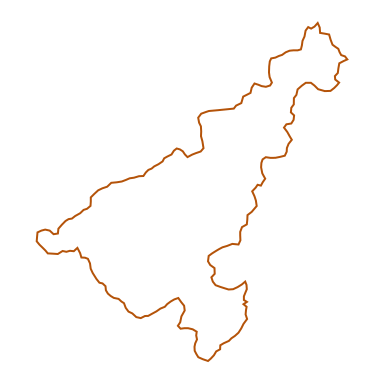 the district of Pedro Leopoldo, Minas Gerais, Brazil
{"feature_id": "56859067B61889060897837", "entity_name": "Pedro Leopoldo", "entity_type": "district", "adm_level": 2, "iso_a3": "BRA", "parent_name": "Brazil", "parent_adm1": "Minas Gerais", "projection": "orthographic", "projection_center": [-44.041, -19.629], "detail": "fine", "context": "isolated", "style": "outline", "palette": "amber", "viewbox_px": 384, "rotation_deg": 0, "n_neighbors": 0, "source": "geoboundaries", "source_scale": "gbopen_adm2", "svg_char_len": 3335}
<svg xmlns="http://www.w3.org/2000/svg" viewBox="0 0 384 384"><path d="M284.8,155.7L286.7,151.7L286.9,148.0L288.6,143.8L291.8,139.8L289.7,136.3L287.3,132.0L284.0,127.6L286.4,124.3L291.3,123.5L293.6,119.8L294.1,115.4L290.9,112.4L291.3,107.8L293.8,104.4L293.9,98.1L296.4,94.9L297.6,89.4L301.8,85.7L305.8,82.8L310.9,82.8L314.4,85.5L318.1,89.2L324.8,91.1L330.5,90.9L334.2,88.0L337.0,85.2L339.1,82.6L335.2,79.5L334.9,76.1L337.8,73.0L338.4,68.3L339.3,63.3L343.7,61.0L347.3,59.4L345.0,56.4L341.2,55.1L339.6,52.2L338.3,48.8L335.6,47.0L332.5,44.7L330.6,39.7L329.1,34.5L324.9,33.7L320.1,32.9L319.7,27.5L317.7,23.0L314.5,26.6L311.1,28.6L308.2,27.1L305.6,30.6L304.5,36.5L302.5,40.9L301.9,45.4L300.9,49.4L297.8,50.3L293.7,50.3L289.6,50.7L285.7,52.3L282.1,54.9L278.8,56.0L275.4,57.6L271.2,58.4L269.8,61.4L269.2,66.4L269.0,72.5L269.6,77.1L271.9,82.6L270.1,85.5L265.9,86.8L261.6,86.1L258.5,84.8L254.5,83.5L251.7,87.7L250.5,92.9L247.2,94.6L243.2,96.6L241.3,103.1L236.1,105.6L233.8,108.6L217.9,110.2L208.9,111.0L205.9,112.0L201.2,113.7L198.2,117.7L199.1,122.7L200.9,126.3L201.2,131.4L201.0,136.2L202.4,141.3L203.5,148.2L200.7,151.5L196.0,153.1L192.2,154.6L187.5,157.1L184.9,154.4L182.8,151.3L179.9,149.4L176.7,148.5L173.9,150.7L171.5,154.5L167.2,156.6L164.2,158.3L162.6,161.4L158.5,164.2L154.2,166.4L151.6,168.6L148.4,169.9L145.8,172.5L143.4,176.0L139.0,176.2L134.0,177.7L129.7,178.3L126.0,179.9L121.8,181.5L116.8,182.3L111.3,182.8L107.2,186.7L102.4,188.3L98.2,190.3L94.4,193.8L90.8,197.4L90.8,201.7L90.5,205.9L87.0,208.8L83.6,209.9L80.2,213.2L75.2,216.0L71.9,218.6L68.6,219.1L65.5,221.0L61.9,224.7L58.4,228.7L57.9,233.5L53.6,234.2L49.7,230.6L45.2,229.6L41.4,230.6L37.5,232.4L37.1,236.5L36.7,241.3L39.5,244.7L42.6,247.7L45.4,250.5L47.8,253.4L51.8,253.6L57.8,254.0L62.6,251.0L66.4,251.8L69.9,250.8L73.8,251.2L77.4,247.9L80.1,253.1L81.4,257.5L85.0,257.7L87.9,258.8L90.0,263.4L90.7,268.7L92.7,273.0L96.4,278.9L99.4,282.7L102.5,283.4L105.5,286.2L105.9,290.3L107.9,293.6L110.7,296.0L113.8,297.9L118.6,298.9L121.4,301.5L124.0,303.2L125.7,307.8L128.5,311.6L132.3,313.4L136.3,317.1L140.8,318.1L145.0,316.0L148.2,315.9L151.6,314.0L156.4,311.4L160.4,308.6L164.8,306.8L167.2,304.1L170.7,301.5L174.3,299.4L178.3,298.0L181.1,302.0L184.1,305.7L184.7,310.5L181.4,316.4L180.2,322.3L177.9,325.8L180.6,328.7L184.4,328.2L188.1,328.2L192.7,329.3L196.7,331.7L196.2,335.5L197.0,339.4L195.2,343.4L194.5,346.8L194.7,350.8L196.4,354.1L198.3,357.2L202.8,359.2L208.0,361.0L210.8,358.6L213.9,355.3L216.2,351.4L220.1,349.3L220.3,345.3L223.6,343.3L228.9,340.9L231.4,338.3L234.8,336.0L238.5,332.7L241.2,328.5L243.5,323.9L247.1,319.0L245.6,314.4L246.0,310.1L246.6,306.8L243.5,304.2L246.9,301.9L243.9,300.0L243.9,296.3L245.4,292.6L246.8,289.2L246.5,284.9L245.2,281.6L241.8,284.5L237.6,287.1L233.1,289.2L228.6,289.5L225.0,288.4L220.3,286.9L215.6,285.2L212.8,281.6L211.4,277.3L214.7,273.8L214.5,268.1L210.2,265.0L208.0,261.3L208.7,255.9L212.1,253.4L215.9,251.0L219.1,249.1L222.5,247.3L227.2,245.9L232.3,243.9L238.5,244.5L240.4,240.3L240.2,235.5L240.2,231.9L242.0,227.1L246.8,224.4L247.3,219.8L247.5,215.1L251.7,211.9L256.7,206.0L255.9,200.6L254.5,196.3L252.2,191.3L255.7,187.6L257.6,184.8L260.9,185.6L262.8,182.1L265.2,178.7L262.3,173.4L261.1,167.3L261.4,162.9L262.6,159.4L265.8,157.2L270.6,157.9L275.4,157.8L280.0,156.9L284.8,155.7Z" fill="none" stroke="#b45309" stroke-width="2"/></svg>